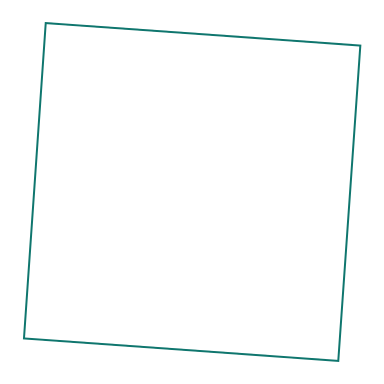 Swisher, Texas, United States of America (Mercator projection), rotated 4°
{"feature_id": "52423323B50579359224447", "entity_name": "Swisher", "entity_type": "district", "adm_level": 2, "iso_a3": "USA", "parent_name": "United States of America", "parent_adm1": "Texas", "projection": "mercator", "projection_center": [-101.671, 34.53], "detail": "fine", "context": "isolated", "style": "outline", "palette": "teal", "viewbox_px": 384, "rotation_deg": 4, "n_neighbors": 0, "source": "geoboundaries", "source_scale": "gbopen_adm2", "svg_char_len": 243}
<svg xmlns="http://www.w3.org/2000/svg" viewBox="0 0 384 384"><g transform="rotate(4 192 192)"><path d="M293.9,350.2L349.7,350.3L349.7,34.2L255.3,34.0L34.3,33.7L34.6,349.8L293.9,350.2Z" fill="none" stroke="#0f766e" stroke-width="2"/></g></svg>